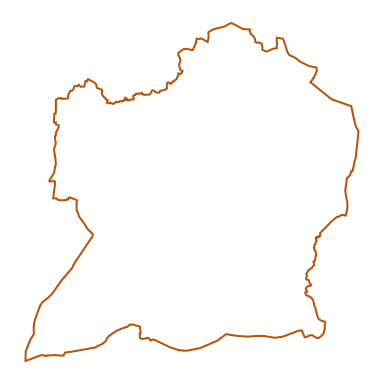 Wachirabarami, Phitsanulok, Thailand (Robinson projection)
{"feature_id": "78962969B59938100637315", "entity_name": "Wachirabarami", "entity_type": "district", "adm_level": 2, "iso_a3": "THA", "parent_name": "Thailand", "parent_adm1": "Phitsanulok", "projection": "robinson", "projection_center": [100.102, 16.525], "detail": "fine", "context": "isolated", "style": "outline", "palette": "amber", "viewbox_px": 384, "rotation_deg": 0, "n_neighbors": 0, "source": "geoboundaries", "source_scale": "gbopen_adm2", "svg_char_len": 5790}
<svg xmlns="http://www.w3.org/2000/svg" viewBox="0 0 384 384"><path d="M58.4,98.3L55.9,99.8L55.9,109.2L55.7,113.3L54.9,113.4L54.4,113.6L53.9,121.6L53.9,122.2L55.9,122.4L55.5,123.9L55.6,124.2L58.6,125.2L58.8,125.5L58.5,127.7L58.1,128.2L56.6,131.6L55.9,132.5L55.8,135.7L54.9,136.3L55.2,140.1L55.7,142.2L55.6,143.9L54.9,146.6L53.9,149.1L55.5,159.2L55.8,163.5L55.6,165.2L54.9,167.5L54.6,170.4L54.0,172.5L52.4,175.7L49.5,180.2L49.6,181.5L53.2,181.2L54.9,181.3L54.9,185.2L53.8,193.2L53.2,198.3L56.8,198.5L57.6,199.8L61.0,200.4L64.3,200.1L66.6,200.2L67.2,198.8L68.4,199.2L69.1,197.5L71.5,198.0L76.8,200.2L76.5,206.9L76.7,210.7L76.8,211.0L77.2,211.2L78.3,213.8L79.0,216.5L84.2,223.6L88.1,229.7L92.8,234.1L92.7,235.1L92.2,237.1L91.2,238.2L74.7,262.8L73.1,265.7L72.4,267.5L71.2,269.2L61.6,280.3L52.4,293.5L47.7,298.1L42.4,302.3L41.5,303.5L40.1,305.8L38.8,309.0L34.9,320.0L34.0,323.8L33.7,328.1L33.8,334.1L30.2,340.0L25.7,351.4L25.5,361.0L39.8,355.6L41.5,355.2L42.4,355.2L46.2,356.1L46.5,355.4L47.6,355.5L53.3,355.1L63.5,355.6L64.9,352.8L65.3,352.5L71.0,351.8L95.0,347.5L100.0,344.9L102.4,343.9L105.0,341.8L106.0,340.5L107.3,337.8L109.4,335.7L116.1,331.0L121.8,328.5L124.1,327.9L125.6,327.2L126.9,327.0L129.0,325.4L129.6,324.6L133.4,324.7L139.5,326.4L139.8,326.7L140.7,332.4L139.9,332.9L139.8,337.9L141.0,338.4L142.1,339.1L146.0,338.4L147.5,337.8L147.9,337.8L149.0,338.5L150.6,340.6L152.5,339.5L154.5,339.8L170.4,347.5L178.8,350.1L182.9,350.6L187.0,350.7L197.0,348.7L200.4,347.9L202.2,347.2L217.3,340.7L226.1,334.2L238.7,336.1L248.0,336.6L257.4,335.9L264.2,336.0L274.6,337.8L282.8,336.7L298.4,330.8L301.2,330.4L302.0,330.7L304.0,335.9L304.6,336.9L305.2,337.3L306.1,337.1L309.6,335.5L310.8,335.1L312.0,335.1L312.3,335.1L313.5,336.1L314.7,336.8L316.8,337.9L318.4,338.1L319.5,337.5L321.5,335.8L323.1,333.9L323.9,332.5L324.1,331.0L324.8,328.6L324.6,325.3L325.2,324.5L325.3,323.9L325.2,322.6L324.9,322.0L324.4,321.5L322.2,321.1L320.1,319.9L318.8,319.1L318.0,318.0L315.7,310.1L315.4,307.8L314.7,306.6L314.0,304.5L313.3,300.4L312.5,299.5L312.0,298.4L310.9,297.8L310.4,296.9L309.6,296.5L308.9,296.4L307.9,295.8L306.9,295.6L306.2,295.2L305.9,294.8L305.7,293.9L305.1,292.9L305.5,292.4L306.3,291.9L307.1,291.8L307.2,291.6L307.1,291.1L306.4,290.8L306.3,289.9L305.8,289.1L306.0,288.2L306.6,287.1L308.5,286.1L310.6,285.7L311.0,285.5L311.2,285.0L310.9,284.5L309.8,283.6L308.4,279.8L307.9,279.6L306.7,279.7L306.3,279.5L306.1,277.9L306.7,276.5L306.9,275.7L306.3,273.7L307.1,272.7L308.2,270.7L309.2,270.0L310.3,268.7L311.8,268.1L312.3,267.4L312.8,266.1L314.0,265.3L313.9,263.3L313.4,261.8L313.7,261.4L314.5,261.1L314.9,260.7L315.4,258.4L315.5,256.5L316.0,255.6L316.1,255.2L315.7,253.7L315.8,251.8L314.4,249.5L313.8,247.6L314.5,246.6L314.3,245.1L315.5,243.9L315.7,242.4L316.4,241.1L316.4,240.5L315.9,239.8L316.1,239.0L315.8,237.9L315.9,237.4L316.3,237.3L317.0,237.8L317.4,237.7L317.6,237.4L317.7,236.6L318.0,236.3L318.6,236.4L319.2,237.0L319.8,236.6L319.9,235.7L320.5,235.1L320.0,234.2L320.1,233.3L320.3,232.8L331.4,221.6L335.3,218.2L337.0,217.0L339.6,216.2L340.7,215.4L342.2,214.9L342.9,214.8L345.5,215.6L346.5,212.4L347.2,209.0L347.4,206.3L347.3,202.0L346.0,196.2L345.3,190.8L345.9,185.2L346.3,183.9L346.7,178.6L350.3,174.9L351.1,171.3L351.3,171.1L352.4,171.1L352.7,170.7L354.8,160.1L355.3,159.3L355.6,158.5L358.5,131.6L357.6,129.5L356.2,127.2L355.7,125.9L353.6,117.8L351.3,106.2L331.6,99.3L310.4,82.2L312.5,79.5L313.3,77.9L314.0,77.8L315.1,74.6L316.3,72.3L316.8,70.6L316.4,67.5L309.7,66.2L308.0,65.6L300.0,61.6L295.7,58.0L289.5,55.1L288.2,53.4L287.5,52.0L283.5,40.0L282.6,38.6L276.9,37.8L276.6,40.1L277.0,43.9L276.8,46.7L276.8,48.2L273.2,48.7L268.9,50.6L266.2,51.6L262.3,49.7L262.3,46.4L261.7,43.8L258.9,42.5L256.9,42.7L255.3,41.9L255.2,40.4L254.6,38.0L252.8,35.5L250.3,33.5L250.4,32.3L250.1,31.5L249.7,31.2L249.9,29.4L243.6,29.1L242.6,28.9L234.7,24.6L231.1,23.0L228.0,24.4L225.0,26.4L214.4,29.0L210.4,30.9L208.6,32.2L208.4,32.3L208.6,36.5L208.4,38.2L207.6,42.0L201.4,38.4L200.9,38.7L198.9,39.0L196.7,38.6L195.7,43.3L192.8,50.1L185.8,48.8L183.2,49.3L178.4,52.8L178.2,53.1L178.5,53.8L178.6,54.3L178.3,55.2L179.2,56.4L180.4,59.8L180.3,61.4L179.2,64.1L179.3,65.9L180.1,69.5L180.8,70.2L182.6,71.1L182.4,71.7L180.9,73.8L178.1,73.5L178.6,75.3L177.5,76.4L176.7,79.1L174.7,80.3L173.7,81.6L172.9,81.3L171.0,83.8L170.2,83.7L169.3,82.6L167.6,82.4L167.0,83.9L166.8,85.4L166.8,86.9L167.0,88.3L166.7,88.7L165.8,89.4L162.7,90.4L160.3,90.7L159.2,92.6L157.9,92.7L156.2,92.4L154.7,91.7L153.9,90.6L152.6,90.3L152.0,90.6L150.4,93.8L149.2,94.7L147.3,94.5L145.8,94.9L144.4,94.7L143.7,94.3L142.9,94.6L141.8,93.0L141.5,92.8L140.6,93.6L138.7,93.7L137.9,93.5L137.0,93.9L136.1,93.6L135.3,95.0L134.0,95.2L133.4,95.5L133.1,96.9L133.7,98.1L133.9,98.8L133.7,99.1L132.7,99.6L130.3,99.5L129.1,100.5L128.6,100.4L128.0,99.8L126.7,100.2L126.6,99.9L127.0,99.3L127.0,98.9L126.0,98.8L125.7,98.1L125.2,97.8L125.1,98.6L124.6,99.1L124.9,99.8L124.7,100.2L123.9,100.1L123.6,100.7L123.3,100.9L122.2,100.7L121.5,101.5L121.0,101.2L119.7,101.2L119.4,101.4L118.8,102.1L117.9,101.9L116.5,102.3L115.8,101.9L114.0,103.6L113.0,103.9L112.6,103.9L111.8,103.1L110.6,103.1L110.1,102.6L109.3,103.3L108.6,103.4L107.2,102.9L106.9,102.4L107.0,101.9L107.7,100.9L107.6,100.0L106.6,99.4L105.7,99.4L105.6,98.5L105.2,98.0L103.5,96.7L102.1,94.5L101.7,92.6L102.4,90.7L101.9,89.8L101.1,89.3L99.0,88.8L97.0,87.9L96.6,87.4L96.4,85.1L96.2,84.2L96.0,83.9L95.1,83.4L94.6,82.6L90.2,80.3L88.9,79.4L88.0,79.1L87.5,79.5L87.4,80.9L87.1,81.4L86.6,81.5L85.8,81.0L85.3,81.2L84.9,82.8L84.5,86.3L84.2,86.6L81.9,86.6L80.6,86.8L79.0,84.8L78.0,85.6L77.3,86.4L75.3,86.0L74.4,86.2L73.8,88.2L72.8,90.1L71.8,90.7L70.2,91.0L69.8,91.7L69.0,93.6L68.5,94.0L68.1,96.2L68.1,98.0L67.9,98.3L66.1,98.7L63.7,98.6L62.2,98.9L61.4,98.8L61.4,98.3L59.9,97.9L58.4,98.3Z" fill="none" stroke="#b45309" stroke-width="2"/></svg>